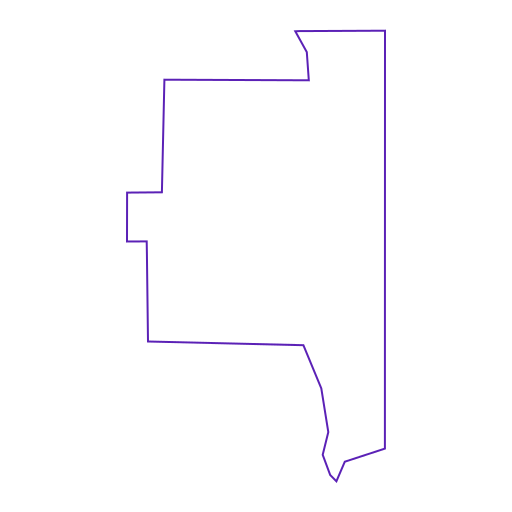 Lanier, Georgia, United States of America (Mercator projection)
{"feature_id": "52423323B24465829142626", "entity_name": "Lanier", "entity_type": "district", "adm_level": 2, "iso_a3": "USA", "parent_name": "United States of America", "parent_adm1": "Georgia", "projection": "mercator", "projection_center": [-83.072, 31.014], "detail": "fine", "context": "isolated", "style": "outline", "palette": "violet", "viewbox_px": 512, "rotation_deg": 0, "n_neighbors": 0, "source": "geoboundaries", "source_scale": "gbopen_adm2", "svg_char_len": 372}
<svg xmlns="http://www.w3.org/2000/svg" viewBox="0 0 512 512"><path d="M385.0,30.7L298.9,31.1L295.3,31.3L306.8,52.1L308.8,80.3L164.4,79.7L161.9,192.3L127.1,192.6L127.0,241.5L146.7,241.4L146.9,253.0L148.0,341.5L303.4,345.2L321.3,388.4L328.3,432.1L322.7,454.8L330.2,475.0L336.4,481.3L344.8,461.7L384.9,448.6L385.0,30.7Z" fill="none" stroke="#5b21b6" stroke-width="2"/></svg>